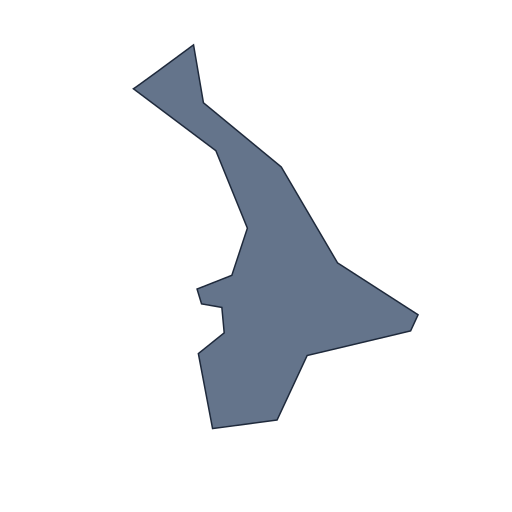 Malakal, Upper Nile, South Sudan (Robinson projection), rotated 20°
{"feature_id": "79223893B90064315418203", "entity_name": "Malakal", "entity_type": "district", "adm_level": 2, "iso_a3": "SSD", "parent_name": "South Sudan", "parent_adm1": "Upper Nile", "projection": "robinson", "projection_center": [31.585, 9.673], "detail": "fine", "context": "isolated", "style": "filled", "palette": "slate", "viewbox_px": 512, "rotation_deg": 20, "n_neighbors": 0, "source": "geoboundaries", "source_scale": "gbopen_adm2", "svg_char_len": 453}
<svg xmlns="http://www.w3.org/2000/svg" viewBox="0 0 512 512"><g transform="rotate(20 256 256)"><path d="M315.6,411.4L331.9,402.9L338.1,332.0L426.9,273.5L428.4,255.8L335.0,234.6L249.3,163.7L154.2,130.0L125.1,79.0L123.2,81.8L110.6,100.8L99.1,118.1L85.7,137.9L83.6,140.8L182.3,170.8L238.4,232.8L239.9,282.4L211.9,307.2L221.2,319.6L241.5,316.0L252.4,339.1L235.2,367.4L274.2,433.0L315.6,411.4Z" fill="#64748b" stroke="#1e293b" stroke-width="1.5"/></g></svg>